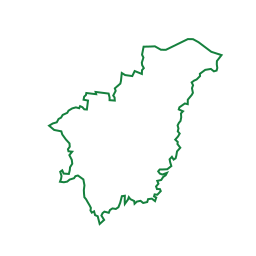 the district of Rondinha, Rio Grande do Sul, Brazil, rotated 281°
{"feature_id": "56859067B57057318855477", "entity_name": "Rondinha", "entity_type": "district", "adm_level": 2, "iso_a3": "BRA", "parent_name": "Brazil", "parent_adm1": "Rio Grande do Sul", "projection": "natural_earth1", "projection_center": [-52.911, -27.827], "detail": "fine", "context": "isolated", "style": "outline", "palette": "green", "viewbox_px": 256, "rotation_deg": 281, "n_neighbors": 0, "source": "geoboundaries", "source_scale": "gbopen_adm2", "svg_char_len": 2258}
<svg xmlns="http://www.w3.org/2000/svg" viewBox="0 0 256 256"><g transform="rotate(281 128 128)"><path d="M63.4,96.2L58.6,96.5L55.0,97.4L51.7,98.4L50.1,100.4L47.5,102.6L44.8,105.0L42.5,106.8L39.9,106.9L38.0,108.6L39.7,110.6L36.2,112.3L35.6,115.1L28.4,118.5L33.2,122.1L37.0,118.6L39.6,119.3L41.4,120.8L41.1,125.3L44.0,125.9L46.1,128.1L46.2,131.5L48.4,133.7L53.1,134.6L59.9,135.0L60.9,137.8L55.2,138.8L52.9,139.4L57.7,141.6L60.3,142.0L58.6,143.9L57.5,148.0L54.9,148.9L57.5,150.8L58.9,154.2L57.3,157.2L59.0,161.0L62.0,161.3L63.2,164.9L61.4,168.5L65.1,169.0L65.8,166.6L67.9,166.8L68.1,169.5L72.3,172.2L74.1,171.0L73.6,168.1L76.0,166.7L79.1,168.5L81.7,166.8L83.3,170.5L86.7,171.9L88.8,174.0L91.4,174.8L88.9,170.7L89.3,168.0L91.2,165.9L93.3,167.0L94.0,170.3L95.0,174.4L98.9,177.8L102.5,175.9L105.2,174.8L108.1,176.6L105.7,178.8L107.3,180.5L110.1,180.7L114.4,180.6L118.6,183.1L121.7,179.6L123.8,179.5L125.6,176.6L129.2,178.7L132.4,179.8L134.2,177.5L137.2,177.6L140.0,176.2L142.8,177.0L144.9,178.2L148.7,178.2L152.4,177.2L154.9,178.8L155.9,174.3L158.1,174.5L160.4,176.7L162.9,179.1L162.8,182.1L167.2,181.3L172.7,184.3L174.9,185.0L179.3,183.2L182.4,183.7L184.9,181.8L187.2,183.9L188.7,186.1L192.7,188.8L194.9,188.2L199.8,192.7L201.8,198.1L200.0,201.5L201.3,204.0L204.0,204.2L207.4,203.0L210.7,202.5L217.4,205.9L218.7,195.2L225.7,180.8L227.6,174.9L226.7,169.8L212.0,150.3L211.1,145.4L213.3,138.8L212.3,134.7L210.8,127.8L202.6,127.8L200.1,129.7L194.8,129.1L192.4,129.9L189.8,132.1L187.4,130.7L183.7,131.3L185.2,123.7L179.8,122.3L179.4,115.1L180.8,111.4L172.8,112.1L170.1,112.0L164.4,107.5L162.1,108.8L157.0,107.3L155.4,109.0L152.4,109.8L151.8,104.6L154.4,104.1L158.1,102.4L157.2,89.3L155.1,90.3L154.4,80.4L152.3,80.4L150.4,79.0L147.3,79.0L147.3,83.5L138.3,84.1L138.0,81.5L139.7,79.3L140.3,76.8L138.1,76.3L138.3,72.9L136.6,69.5L133.7,66.3L131.3,65.5L128.4,61.4L125.4,60.3L123.6,58.1L120.0,57.0L118.1,53.3L115.2,50.1L112.0,55.9L112.0,63.2L109.1,64.7L104.9,69.2L101.7,73.5L98.5,74.4L95.7,73.1L93.8,74.0L94.1,77.7L90.2,75.6L86.0,78.9L82.3,80.1L78.4,78.6L75.5,78.9L71.6,78.7L71.0,73.5L73.9,71.5L72.1,69.8L68.2,71.9L65.4,72.0L62.3,71.5L62.5,75.4L63.8,78.6L66.2,80.5L68.4,84.6L70.7,85.6L71.8,87.9L69.0,94.0L63.4,96.2Z" fill="none" stroke="#15803d" stroke-width="2"/></g></svg>